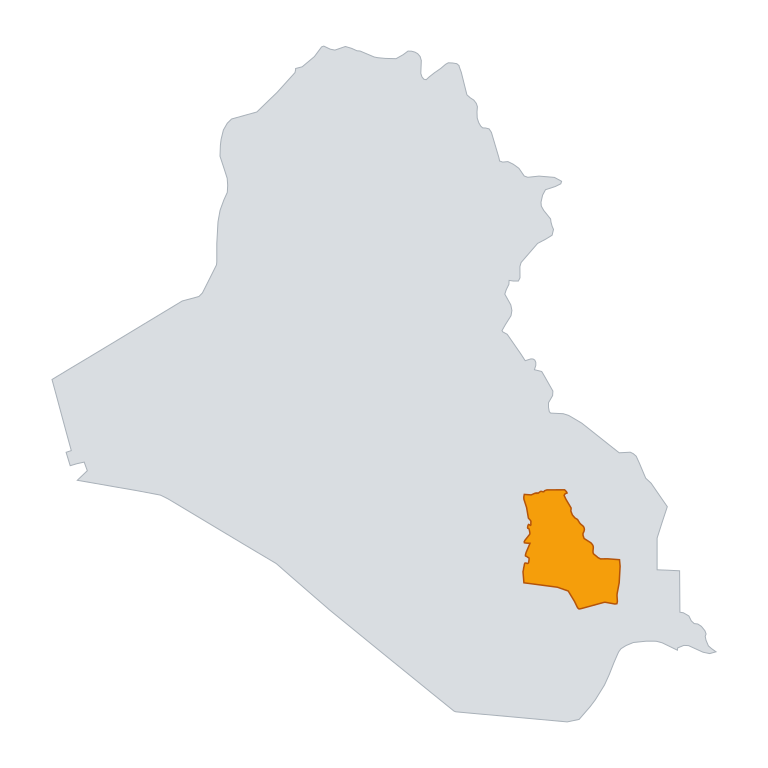 Iraq, with Dhi-Qar highlighted
{"feature_id": "IRQ-3225", "entity_name": "Dhi-Qar", "entity_type": "Province", "adm_level": 1, "iso_a3": "IRQ", "parent_name": "Iraq", "parent_adm1": "", "projection": "mercator", "projection_center": [46.195, 31.256], "detail": "fine", "context": "in_parent", "style": "filled", "palette": "amber", "viewbox_px": 768, "rotation_deg": 0, "n_neighbors": 0, "source": "natural_earth", "source_scale": "10m", "svg_char_len": 4624}
<svg xmlns="http://www.w3.org/2000/svg" viewBox="0 0 768 768"><path d="M295.6,68.5L302.2,66.8L314.4,56.6L321.6,46.9L323.8,46.1L330.3,49.2L334.9,50.1L345.4,46.5L351.7,48.4L357.0,50.8L360.0,51.0L374.2,57.0L377.7,57.7L385.1,58.4L396.0,58.7L403.0,54.8L408.0,51.1L411.5,51.2L414.9,52.1L417.7,53.7L420.1,56.5L421.3,60.5L420.8,73.4L421.9,76.8L423.8,79.2L426.2,79.7L429.2,76.9L434.4,72.8L440.8,68.4L445.6,64.3L448.3,62.8L452.6,63.0L456.8,63.7L459.1,65.7L459.1,66.3L461.3,72.4L466.9,94.8L470.1,97.7L473.8,100.1L476.3,103.4L477.4,106.7L477.0,111.9L477.2,118.0L478.7,122.6L480.7,126.1L482.7,127.9L485.6,128.0L489.1,128.9L491.4,132.4L498.9,157.7L499.6,161.0L502.7,162.1L507.9,161.6L513.2,164.2L518.9,168.3L524.2,176.0L527.8,177.3L539.0,176.1L554.4,177.4L561.6,181.3L560.8,183.8L555.3,186.5L545.5,189.7L542.6,195.1L541.0,202.2L541.3,206.1L543.7,210.4L550.6,219.0L551.0,222.2L552.2,226.5L553.5,229.4L552.1,235.2L545.8,239.1L537.6,243.4L521.1,262.5L519.9,266.6L520.0,277.8L518.4,281.0L513.1,281.0L509.1,280.4L508.9,284.3L506.3,289.6L504.8,294.1L510.8,304.9L511.9,310.5L511.0,315.7L505.4,324.6L502.0,330.6L502.8,331.9L507.2,334.3L520.8,353.9L525.2,360.7L530.9,358.9L533.1,359.0L534.8,360.1L535.8,362.4L535.8,365.4L534.4,369.7L541.7,371.5L544.3,375.9L552.9,391.1L552.6,395.6L548.5,402.7L548.5,407.4L549.3,411.7L550.6,413.1L563.2,413.7L568.6,415.4L581.7,423.1L596.6,434.9L608.8,444.6L619.2,452.8L630.3,452.2L633.3,453.7L636.2,456.2L639.3,463.0L645.7,478.2L651.1,483.2L659.5,495.4L667.3,506.7L662.2,522.1L657.1,538.1L657.1,558.7L657.1,569.8L667.8,570.2L679.6,570.8L679.7,583.9L679.8,597.1L679.9,612.2L683.4,612.8L688.9,616.0L691.3,620.9L694.2,623.6L697.8,624.0L701.4,626.4L704.9,630.7L706.1,634.0L705.2,636.3L706.0,640.2L708.4,645.9L711.4,648.5L716.0,651.8L709.7,653.6L703.0,652.2L688.5,645.6L683.8,645.4L677.7,647.9L677.4,650.2L662.2,642.8L656.6,641.3L654.7,641.2L645.9,641.2L633.4,642.5L626.1,645.5L621.0,648.7L618.7,651.8L617.9,653.5L613.9,662.7L609.3,674.4L604.5,685.0L595.3,699.8L590.1,706.7L579.1,719.4L567.2,721.9L539.6,719.4L508.9,716.6L478.5,713.9L455.8,711.8L454.0,711.1L431.6,693.0L413.9,678.6L391.7,660.6L369.1,642.2L346.2,623.5L329.5,609.9L309.2,592.3L290.8,576.3L276.3,563.6L257.6,552.5L243.0,543.8L221.8,531.1L204.8,520.9L190.3,512.2L167.9,498.8L160.4,495.1L137.2,490.7L115.2,486.9L92.4,482.9L77.3,480.3L87.3,470.7L84.2,462.1L76.9,463.7L70.2,465.7L66.1,452.3L71.3,450.6L66.5,433.1L61.6,415.0L56.9,397.5L52.0,379.5L71.2,367.9L85.6,359.3L105.7,347.2L125.1,335.5L143.6,324.3L164.0,312.0L182.2,301.0L198.9,296.5L202.4,293.0L210.0,277.9L216.5,264.9L216.8,261.9L216.8,243.5L218.0,221.8L220.1,210.2L223.9,199.9L227.3,192.4L227.7,185.4L227.2,178.3L223.7,167.4L220.0,156.2L220.4,145.2L221.1,139.4L223.4,130.0L227.3,123.2L231.6,119.0L247.4,114.6L256.8,112.0L269.4,99.8L276.9,92.6L287.3,81.1L295.0,72.6L295.6,69.7L295.6,68.5Z" fill="#d9dde1" stroke="#a8b0b8" stroke-width="1"/><path d="M528.4,518.1L526.6,507.6L523.9,499.2L523.8,497.6L523.9,496.4L524.3,494.4L531.2,494.9L535.3,493.1L535.7,493.1L536.0,493.4L536.3,493.4L536.5,493.2L536.8,492.9L537.0,492.8L537.4,493.1L537.7,493.3L538.0,493.3L540.4,491.5L541.0,491.3L541.6,491.4L542.2,491.6L543.2,491.8L543.7,491.7L544.0,491.6L544.3,491.0L544.6,490.7L546.9,489.9L564.6,489.8L566.1,491.3L566.9,492.4L567.0,493.1L565.9,493.4L564.8,494.1L564.1,495.4L565.9,499.2L571.1,508.0L571.0,509.8L570.8,510.9L572.4,515.0L575.0,518.0L577.1,519.2L577.6,519.6L579.7,523.0L580.8,524.2L583.0,526.0L583.7,526.9L584.2,528.2L584.4,529.4L584.1,531.0L583.7,532.0L583.0,533.4L583.0,534.5L583.0,535.2L584.1,538.5L590.1,542.3L591.0,542.9L591.7,543.7L592.6,544.9L593.0,545.7L593.2,546.4L593.3,547.1L593.3,548.0L593.0,550.8L593.0,551.6L593.0,552.4L593.2,553.0L593.4,553.6L593.9,554.2L596.9,556.6L597.8,557.5L600.5,558.9L607.6,558.8L619.5,559.7L620.1,566.2L619.2,582.7L617.5,591.7L617.1,593.9L617.0,595.7L617.4,601.4L616.9,603.7L614.9,604.0L605.5,602.3L604.2,602.3L582.0,608.4L579.8,608.9L578.9,608.9L578.0,608.2L577.3,607.2L574.5,601.4L568.2,591.0L557.3,587.2L523.9,582.8L523.0,571.7L523.4,570.0L523.7,567.7L524.1,566.2L524.4,564.2L524.9,563.1L525.9,563.0L527.3,563.5L528.1,563.3L528.6,562.5L529.0,560.1L529.1,558.7L528.9,557.9L528.5,557.7L527.9,557.4L527.1,556.8L526.8,556.5L525.5,556.0L525.4,555.1L526.1,552.5L530.0,543.3L526.3,543.1L524.4,542.8L524.2,541.7L525.0,540.2L529.7,534.3L529.9,533.4L529.8,532.4L529.3,529.9L529.0,529.0L528.6,528.5L528.2,528.4L527.8,528.3L527.6,527.8L527.6,527.1L528.0,525.4L528.4,524.7L528.7,524.4L529.1,524.6L529.5,524.8L530.2,525.4L530.5,525.4L530.9,524.9L530.9,524.3L530.8,523.3L530.9,522.2L531.0,521.8L530.6,520.6L528.4,518.1Z" fill="#f59e0b" stroke="#b45309" stroke-width="1.5"/></svg>